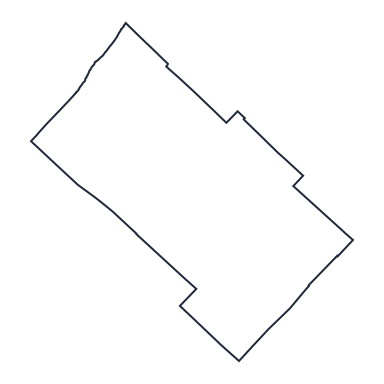 outline of General Las Heras, Buenos Aires, Argentina
{"feature_id": "61730980B57566902843096", "entity_name": "General Las Heras", "entity_type": "district", "adm_level": 2, "iso_a3": "ARG", "parent_name": "Argentina", "parent_adm1": "Buenos Aires", "projection": "robinson", "projection_center": [-59.099, -34.91], "detail": "fine", "context": "isolated", "style": "outline", "palette": "slate", "viewbox_px": 384, "rotation_deg": 0, "n_neighbors": 0, "source": "geoboundaries", "source_scale": "gbopen_adm2", "svg_char_len": 3727}
<svg xmlns="http://www.w3.org/2000/svg" viewBox="0 0 384 384"><path d="M342.8,230.9L330.2,219.5L293.3,186.1L303.1,175.7L285.1,159.1L277.9,152.7L270.2,145.2L259.4,134.6L243.7,119.4L244.8,118.1L237.6,111.3L226.4,122.8L212.2,109.1L193.8,91.5L179.3,78.1L166.3,66.6L166.4,66.4L166.4,66.2L166.5,66.1L166.6,65.9L166.8,65.7L167.2,65.3L167.4,65.2L167.5,64.9L167.6,64.5L167.8,64.2L167.9,63.8L160.8,57.0L149.9,46.4L145.2,42.0L138.8,35.8L125.7,23.0L125.4,23.4L125.3,23.6L125.2,23.9L125.1,24.1L124.9,24.4L124.7,24.6L124.6,24.8L124.4,24.9L124.2,25.2L124.0,25.3L123.9,25.6L123.9,25.8L123.9,26.3L123.8,26.5L123.6,26.6L123.4,26.7L123.2,26.9L123.0,27.1L122.8,27.3L122.6,27.6L122.5,27.9L122.4,28.1L122.2,28.5L121.8,28.8L121.4,29.0L121.1,29.2L120.9,29.4L120.8,29.8L120.7,30.1L120.7,30.3L120.5,30.6L120.5,30.8L120.3,31.1L120.1,31.5L119.9,31.7L119.7,32.0L119.3,32.4L119.1,32.7L118.9,33.1L118.8,33.4L118.6,33.8L118.4,34.1L118.1,34.6L118.0,34.8L117.9,35.0L117.7,35.4L117.6,35.6L117.5,35.9L117.3,36.1L117.2,36.4L117.0,36.7L116.8,37.1L116.6,37.3L116.4,37.6L116.2,38.0L115.8,38.5L115.6,38.8L115.4,39.1L115.2,39.4L115.0,39.7L114.9,40.0L114.6,40.4L114.4,40.6L114.1,40.9L113.9,41.3L113.5,41.7L113.3,42.0L113.1,42.4L112.8,42.6L112.6,43.0L112.3,43.5L112.1,43.8L111.7,44.0L111.4,44.5L111.2,44.8L110.9,45.1L110.7,45.4L110.5,45.6L110.3,45.9L110.1,46.1L109.7,46.4L109.6,46.5L109.4,46.8L109.1,47.2L108.9,47.6L108.7,47.9L108.4,48.4L108.2,48.6L107.8,49.0L107.6,49.4L107.4,49.7L107.2,50.0L106.9,50.4L106.7,50.6L106.5,50.8L106.4,51.0L106.2,51.2L106.1,51.4L106.0,51.6L105.8,51.8L105.6,51.8L105.3,52.1L105.1,52.4L104.9,52.6L104.8,52.8L104.6,53.1L104.4,53.5L104.1,53.9L103.9,54.1L103.7,54.2L103.6,54.4L103.5,54.7L103.3,55.0L103.0,55.3L102.8,55.5L102.7,55.8L102.4,56.0L102.1,56.1L101.9,56.4L101.7,56.6L101.4,56.8L101.1,57.0L100.9,57.3L100.7,57.5L100.3,57.8L100.0,58.0L99.7,58.2L99.5,58.6L99.3,58.8L99.1,59.1L98.9,59.2L98.6,59.5L98.4,59.7L98.3,59.8L98.1,59.9L98.0,60.1L97.7,60.3L97.5,60.5L97.2,60.7L96.9,60.8L96.7,60.9L96.5,61.0L96.3,61.2L96.2,61.5L95.9,61.7L95.4,61.8L95.2,61.9L95.0,62.1L94.8,62.4L94.7,62.7L94.7,63.0L94.6,63.5L94.3,63.9L94.3,64.1L94.2,64.4L94.1,64.6L93.9,64.8L93.7,64.9L93.5,65.2L93.3,65.3L93.1,65.6L92.9,65.8L92.7,65.9L92.5,66.1L92.4,66.4L92.2,66.7L92.1,66.9L91.8,67.1L91.6,67.3L91.4,67.6L91.3,67.8L91.2,68.1L91.1,68.3L90.9,68.6L90.7,68.8L90.6,69.1L90.6,69.4L90.5,69.7L90.3,69.9L90.0,70.1L89.8,70.2L89.5,70.5L89.4,70.7L89.3,71.0L89.2,71.4L89.1,71.8L89.0,72.0L88.8,72.5L88.6,72.8L88.5,73.1L88.4,73.4L88.3,73.7L88.2,73.9L88.1,74.1L87.9,74.4L87.8,74.6L87.6,75.0L87.5,75.4L87.2,75.6L87.1,75.9L87.0,76.2L86.8,76.5L86.7,76.7L86.6,76.9L86.5,77.1L86.4,77.4L86.4,77.7L86.2,77.8L85.8,78.0L85.7,78.3L85.5,78.5L85.4,78.7L85.3,79.0L85.3,79.3L85.2,79.5L85.2,79.8L85.2,80.0L85.1,80.5L85.0,80.8L84.8,81.0L84.6,81.2L84.5,81.5L84.3,81.7L84.1,81.9L83.9,82.0L83.7,82.2L83.6,82.4L83.5,82.5L83.3,82.6L82.9,82.8L82.7,83.1L82.6,83.4L82.4,83.7L82.2,84.0L82.0,84.4L81.8,84.7L81.6,85.0L81.4,85.3L81.2,85.6L80.9,85.7L80.7,85.9L80.6,86.2L80.5,86.4L80.2,86.8L79.9,87.1L79.7,87.5L79.5,87.9L79.3,88.3L79.2,88.8L79.0,89.0L78.8,89.3L78.6,89.5L78.4,89.8L78.3,90.1L78.2,90.3L77.9,90.6L77.7,90.8L77.6,91.0L77.5,91.3L77.4,91.5L77.1,91.6L76.8,91.7L76.6,91.9L76.4,92.0L76.0,92.4L75.9,92.6L75.8,92.8L75.9,93.1L75.2,93.6L72.7,96.5L70.1,99.3L60.7,109.3L46.2,124.4L40.6,130.6L37.8,133.7L37.8,134.0L31.0,141.2L56.8,165.3L77.7,184.7L95.7,197.9L106.5,206.5L112.8,211.7L136.5,233.7L136.3,234.1L139.5,237.0L174.4,269.1L186.0,279.7L196.3,288.9L179.9,305.9L196.3,321.4L220.3,344.3L239.0,361.0L252.4,346.4L268.6,329.0L290.0,308.3L306.4,288.7L309.0,285.9L308.6,285.4L308.9,285.0L318.9,274.7L337.3,255.7L337.7,256.3L353.0,240.0L344.8,232.8L342.8,230.9Z" fill="none" stroke="#1e293b" stroke-width="2"/></svg>